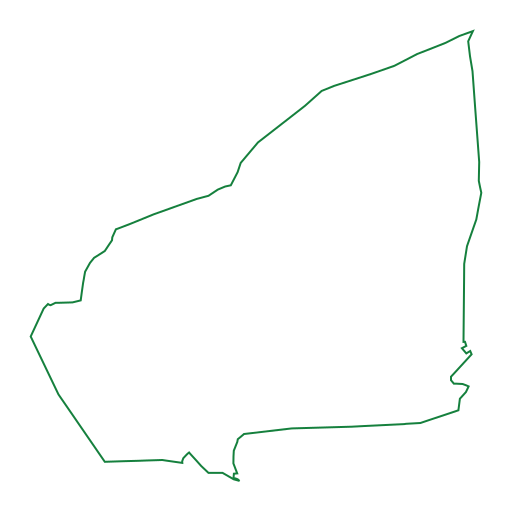 Putu, Grand Gedeh, Liberia
{"feature_id": "62588387B18265546179194", "entity_name": "Putu", "entity_type": "district", "adm_level": 2, "iso_a3": "LBR", "parent_name": "Liberia", "parent_adm1": "Grand Gedeh", "projection": "orthographic", "projection_center": [-8.216, 5.686], "detail": "fine", "context": "isolated", "style": "outline", "palette": "green", "viewbox_px": 512, "rotation_deg": 0, "n_neighbors": 0, "source": "geoboundaries", "source_scale": "gbopen_adm2", "svg_char_len": 1685}
<svg xmlns="http://www.w3.org/2000/svg" viewBox="0 0 512 512"><path d="M112.3,237.3L112.0,240.3L109.6,243.8L104.8,251.0L97.0,256.0L94.1,257.8L90.0,262.9L85.1,271.7L84.1,277.3L83.7,279.8L83.2,282.4L83.1,283.0L81.8,292.2L80.7,300.4L72.5,302.4L58.7,302.8L55.5,302.8L54.1,303.5L50.6,305.2L49.3,304.8L48.9,304.6L48.0,304.0L43.7,308.5L30.7,336.5L45.7,367.8L58.5,394.5L67.2,407.1L99.3,453.8L104.8,461.8L123.6,461.2L138.5,460.8L146.2,460.5L162.3,460.0L166.2,460.6L182.3,462.9L182.2,461.2L183.3,458.2L186.2,455.1L187.6,453.7L189.1,452.5L190.1,453.7L196.4,460.6L201.3,466.1L208.5,472.9L222.6,472.9L233.7,479.3L239.5,480.9L237.7,479.3L235.4,478.4L233.5,478.3L233.9,473.7L237.2,473.4L233.4,463.4L233.5,456.4L233.8,450.7L237.3,441.9L237.8,439.2L243.0,434.9L244.0,434.0L245.0,433.9L291.0,428.5L292.3,428.4L351.7,426.7L362.9,426.1L404.2,424.1L406.1,423.8L420.4,423.0L429.0,420.1L457.2,410.7L458.4,410.3L459.9,398.7L465.9,392.1L467.5,388.8L468.6,386.4L466.1,385.3L462.6,384.0L456.9,383.7L455.7,383.7L453.9,383.7L451.0,380.2L451.0,376.7L453.9,373.6L471.6,354.3L470.2,351.0L466.3,353.4L461.9,348.2L466.3,345.9L465.0,341.8L463.5,341.9L464.1,277.7L464.2,263.9L467.0,246.2L472.7,229.8L476.3,219.5L478.6,206.9L481.3,192.8L480.1,187.3L478.8,180.9L479.2,162.0L475.1,107.0L472.5,71.2L470.0,56.2L468.2,41.3L470.9,35.4L472.9,31.1L459.3,36.0L445.7,42.8L433.6,47.6L417.2,54.0L401.0,62.4L394.4,65.8L371.5,73.8L334.1,85.9L321.7,90.9L305.0,105.8L282.8,123.1L281.9,123.8L258.0,142.4L240.7,162.9L237.6,172.2L230.8,185.3L225.2,186.5L217.8,189.6L208.5,195.8L207.0,196.2L205.8,196.5L199.9,198.1L196.8,198.9L153.5,214.4L130.7,223.7L117.9,228.6L115.9,229.3L112.3,237.3Z" fill="none" stroke="#15803d" stroke-width="2"/></svg>